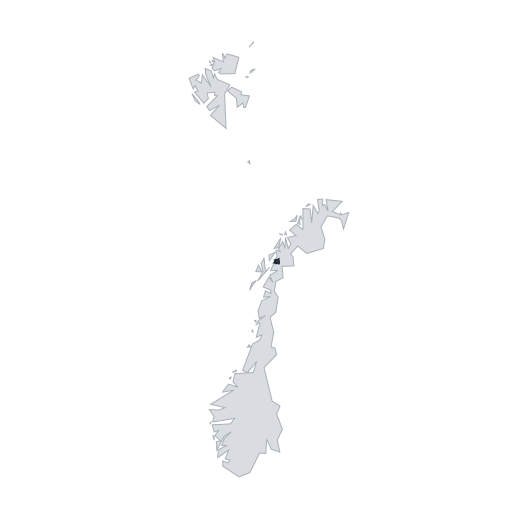 Salangen nor, Troms, Norway shown in context, rotated 341°
{"feature_id": "86288312B52632964277123", "entity_name": "Salangen nor", "entity_type": "district", "adm_level": 2, "iso_a3": "NOR", "parent_name": "Norway", "parent_adm1": "Troms", "projection": "orthographic", "projection_center": [17.874, 68.875], "detail": "fine", "context": "in_parent", "style": "filled", "palette": "slate", "viewbox_px": 512, "rotation_deg": 341, "n_neighbors": 0, "source": "geoboundaries", "source_scale": "gbopen_adm2", "svg_char_len": 5279}
<svg xmlns="http://www.w3.org/2000/svg" viewBox="0 0 512 512"><g transform="rotate(341 256 256)"><path d="M298.7,260.2L289.2,265.4L290.8,268.5L288.6,277.7L277.2,274.3L274.6,285.3L266.6,286.5L261.8,295.1L263.6,302.0L256.4,315.7L249.3,318.6L247.9,333.9L240.6,346.9L243.9,349.2L243.4,356.0L227.3,364.1L224.0,398.5L229.9,405.8L224.1,411.8L224.5,428.3L216.2,437.0L214.7,449.1L207.5,443.6L206.4,432.8L200.9,446.0L195.3,443.4L179.6,458.9L168.0,459.2L156.1,443.9L157.9,438.9L162.0,442.4L164.9,440.5L160.8,437.9L167.1,430.5L154.2,434.2L157.3,427.0L166.2,425.5L161.9,423.9L166.9,417.9L175.4,414.3L167.3,415.9L155.8,426.8L157.9,418.8L162.4,419.1L158.6,412.3L164.0,408.8L159.1,408.8L159.6,401.4L177.2,406.4L182.9,402.6L161.0,398.8L164.0,393.9L161.9,386.1L170.9,389.6L177.3,389.3L164.8,381.4L191.5,375.6L180.1,373.8L188.2,368.2L196.2,374.2L193.2,367.8L197.8,360.4L215.4,365.3L222.2,356.0L209.7,363.7L206.2,359.6L224.2,338.1L232.4,336.6L235.9,332.4L229.8,333.0L237.7,321.1L236.0,318.3L245.6,315.3L238.7,316.1L240.0,308.5L247.1,300.1L256.6,299.1L249.7,297.4L253.6,292.0L258.0,296.4L258.8,293.2L252.7,287.6L261.4,280.2L263.3,286.7L262.8,278.6L272.1,276.7L265.0,274.6L275.8,263.1L276.8,257.3L280.7,260.1L279.1,256.9L285.9,250.9L285.8,258.0L289.9,248.2L288.9,259.4L292.9,255.9L291.8,248.7L300.5,249.7L296.1,242.5L304.2,239.3L309.0,246.2L315.8,226.4L322.4,229.2L319.4,242.8L326.5,226.9L328.3,236.0L330.5,233.8L332.5,222.6L337.6,223.9L335.5,229.9L337.8,229.7L338.7,237.4L340.6,225.5L355.3,232.4L342.6,238.7L349.7,244.9L357.8,245.0L347.5,259.0L348.4,250.3L346.5,246.9L336.5,241.3L326.9,249.7L326.5,262.9L322.0,270.8L304.8,270.1L298.7,260.2ZM269.0,62.1L274.1,66.7L273.6,74.3L276.0,70.3L277.0,76.5L287.0,85.7L279.0,92.6L269.2,125.7L258.7,108.2L270.5,101.5L259.4,103.4L258.1,98.6L271.6,92.0L269.0,90.4L270.3,87.5L262.7,86.1L262.2,91.7L256.4,94.6L251.2,81.0L254.8,81.3L254.0,75.0L251.0,77.7L250.6,66.1L260.6,65.2L261.2,67.0L256.4,70.2L260.8,74.7L264.2,67.1L268.8,81.7L267.5,68.3L269.0,62.1ZM280.0,54.3L288.4,61.7L290.0,53.8L291.0,54.6L290.8,59.0L294.5,55.5L304.5,62.5L295.4,76.7L281.9,72.3L280.3,70.5L283.9,67.4L277.1,67.4L275.5,64.4L277.4,62.4L274.4,60.5L278.9,60.9L278.3,57.0L280.2,58.9L280.0,54.3ZM288.0,88.3L295.5,95.9L294.5,98.9L301.9,102.5L294.4,112.1L292.8,111.5L293.5,107.1L286.6,109.2L288.9,100.6L283.0,90.7L288.0,88.3ZM259.9,273.9L265.3,271.2L249.3,280.3L257.6,272.8L258.4,264.9L262.8,260.8L259.9,273.9ZM268.6,259.3L275.6,258.7L267.2,264.7L268.6,259.3ZM275.5,254.9L285.3,247.0L280.2,255.2L275.5,254.9ZM248.2,81.6L251.8,90.5L252.5,94.4L249.2,89.8L248.2,81.6ZM255.4,265.6L256.3,272.8L250.7,270.7L255.4,265.6ZM308.2,230.8L304.9,236.2L299.6,234.4L305.4,233.0L308.2,230.8ZM309.2,234.4L308.0,240.5L305.7,239.0L309.2,234.4ZM242.7,280.5L248.4,279.2L242.0,283.5L242.7,280.5ZM323.2,53.2L317.3,56.3L323.3,52.8L323.2,53.2ZM311.8,78.7L316.2,79.0L310.0,81.1L311.8,78.7ZM319.0,225.6L322.6,223.8L324.0,224.8L319.0,225.6ZM311.5,232.6L311.0,235.9L309.8,233.3L311.5,232.6ZM291.7,242.8L291.8,246.0L290.2,244.9L291.7,242.8ZM280.8,163.7L280.4,166.8L278.9,164.3L280.8,163.7ZM307.4,84.4L305.3,84.3L305.0,83.1L307.4,84.4ZM220.6,337.7L221.5,340.4L218.2,339.4L220.6,337.7ZM285.1,242.4L287.1,243.5L288.3,245.3L285.1,242.4ZM275.6,56.6L276.3,58.6L275.2,57.8L275.6,56.6ZM199.8,358.7L195.7,358.4L200.2,357.5L199.8,358.7ZM193.4,362.1L191.5,364.0L191.0,362.8L193.4,362.1ZM241.0,284.1L238.9,286.5L241.3,282.4L241.0,284.1ZM157.6,413.1L156.4,416.5L157.0,411.9L157.6,413.1ZM234.4,318.7L233.7,316.5L234.9,316.7L234.4,318.7ZM350.0,241.8L350.1,244.4L349.9,244.0L350.0,241.8ZM235.3,320.8L233.1,321.0L235.8,320.3L235.3,320.8ZM228.5,324.9L228.5,327.0L227.5,326.2L228.5,324.9ZM159.3,398.3L157.9,400.2L158.5,398.5L159.3,398.3Z" fill="#d9dde1" stroke="#a8b0b8" stroke-width="1"/><path d="M271.4,267.8L271.5,267.8L271.5,268.0L271.6,267.9L271.8,267.8L271.9,267.7L271.9,267.8L272.0,267.7L272.4,267.6L272.5,267.5L272.8,267.4L273.0,267.3L273.3,267.3L273.2,267.3L273.2,267.5L273.3,267.5L273.2,267.5L273.3,267.7L273.2,267.7L273.3,267.7L273.4,267.8L273.5,267.8L273.5,267.7L273.5,267.8L273.7,268.0L273.8,268.0L273.9,268.3L274.0,268.3L274.1,268.5L273.9,268.6L273.7,268.5L273.6,268.4L273.4,268.4L273.2,268.4L273.0,268.2L273.3,268.2L273.2,267.9L273.1,268.0L272.9,268.0L272.7,268.0L272.4,268.3L272.2,268.4L272.2,268.5L271.9,268.8L271.7,268.9L271.7,269.0L271.8,269.3L271.8,269.2L271.9,269.3L272.0,269.3L272.3,269.5L272.5,269.6L272.6,269.4L272.8,269.3L273.0,269.4L273.0,269.2L273.4,269.1L273.6,269.3L273.8,269.4L273.8,269.2L274.1,269.2L274.1,269.3L274.1,269.5L274.3,269.6L274.5,269.8L274.8,269.9L274.9,270.0L274.8,270.3L274.8,270.5L274.7,270.6L274.8,270.7L275.0,270.8L275.1,270.7L275.3,270.5L275.4,270.4L275.5,270.4L275.8,270.2L275.8,269.9L275.8,269.7L276.0,269.4L276.0,269.1L275.9,269.1L275.8,268.9L275.8,268.7L275.8,268.8L275.7,268.7L275.8,268.5L276.0,268.4L276.3,268.3L276.3,268.2L276.2,268.1L276.1,267.7L276.6,266.1L275.3,266.4L275.3,266.5L275.1,266.7L274.9,266.7L274.7,266.6L274.6,266.4L274.4,266.3L274.1,266.1L273.8,265.9L273.6,265.9L273.6,266.0L273.3,265.9L273.0,265.8L272.9,265.9L272.8,266.0L272.7,266.0L272.8,266.1L272.7,266.2L272.7,266.3L272.7,266.5L272.8,266.7L272.8,266.8L272.7,266.9L272.5,267.0L272.4,267.1L272.2,267.1L272.2,267.3L272.0,267.5L271.9,267.5L271.7,267.6L271.4,267.8Z" fill="#64748b" stroke="#1e293b" stroke-width="1.5"/></g></svg>